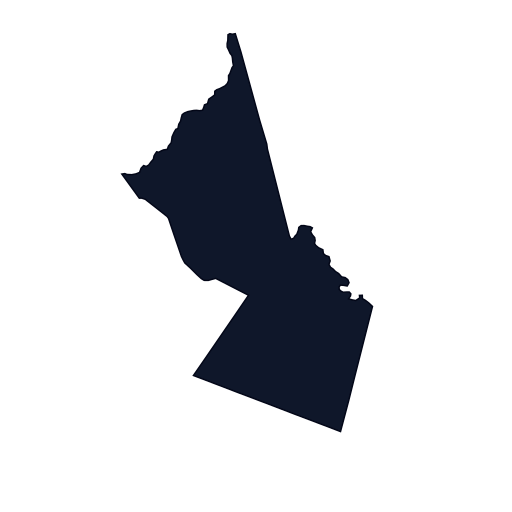 the district of Governador Eugênio Barros, Maranhão, Brazil, rotated 231°
{"feature_id": "56859067B76499051658500", "entity_name": "Governador Eugênio Barros", "entity_type": "district", "adm_level": 2, "iso_a3": "BRA", "parent_name": "Brazil", "parent_adm1": "Maranhão", "projection": "orthographic", "projection_center": [-43.999, -5.389], "detail": "fine", "context": "isolated", "style": "filled", "palette": "ink", "viewbox_px": 512, "rotation_deg": 231, "n_neighbors": 0, "source": "geoboundaries", "source_scale": "gbopen_adm2", "svg_char_len": 2028}
<svg xmlns="http://www.w3.org/2000/svg" viewBox="0 0 512 512"><g transform="rotate(231 256 256)"><path d="M441.8,379.8L443.2,377.2L445.2,375.6L445.6,373.5L441.3,369.8L439.2,367.2L436.5,365.1L433.4,364.4L429.7,363.4L427.0,363.4L424.8,362.3L421.5,360.1L418.0,358.2L417.5,356.0L414.2,350.5L413.5,348.2L409.6,345.1L408.1,342.3L407.7,339.0L408.9,333.1L409.9,330.2L410.0,327.7L407.2,325.3L407.3,322.1L407.6,318.0L404.9,314.2L405.9,311.1L404.5,309.1L402.9,306.2L404.4,303.6L406.6,301.5L408.2,299.3L409.8,296.4L411.1,293.9L412.2,290.3L412.3,287.6L410.4,284.9L408.3,282.3L407.0,278.9L404.2,275.5L404.9,273.4L403.5,269.8L401.4,265.7L399.6,263.9L397.4,261.4L396.5,257.1L394.7,254.2L396.7,250.8L397.4,248.2L397.8,245.8L399.5,244.4L398.8,242.0L398.0,239.8L395.8,237.1L395.2,233.6L394.2,229.8L394.7,227.0L397.0,225.6L396.5,221.9L394.2,218.1L395.4,214.3L397.4,210.6L400.6,207.0L402.6,205.9L404.1,203.3L374.4,201.7L372.9,203.6L369.8,205.6L361.2,207.6L342.7,211.8L340.3,211.7L333.6,209.2L325.0,206.0L302.6,197.8L298.7,196.9L295.4,196.3L287.5,197.5L278.8,198.4L272.8,199.3L269.7,200.4L267.1,203.5L265.7,206.8L264.0,210.6L230.2,225.5L224.1,205.2L208.6,153.0L202.5,132.2L178.9,145.9L161.4,156.0L137.6,169.9L108.0,187.0L83.5,201.3L66.4,211.2L85.4,237.2L100.0,256.6L143.5,314.8L148.6,314.1L152.7,313.1L155.9,311.9L158.6,313.9L160.3,311.6L158.2,310.3L158.6,305.5L161.3,303.2L164.5,301.0L165.5,304.3L166.9,305.9L169.3,305.8L171.0,303.7L173.0,300.9L175.1,300.0L177.6,299.6L179.6,301.0L180.3,303.2L178.2,305.5L175.3,308.0L176.7,311.5L179.9,312.5L183.1,311.7L185.9,309.4L190.4,309.2L193.9,308.0L197.4,307.7L200.4,306.8L203.6,307.4L205.5,310.5L209.6,312.3L212.6,310.4L215.5,309.9L218.8,311.9L223.1,309.8L226.7,309.1L229.0,309.4L230.8,311.7L233.4,313.2L236.9,313.1L240.5,313.7L242.4,317.5L244.8,316.5L246.7,314.7L249.4,312.5L251.2,310.2L251.3,307.3L249.4,305.2L247.2,301.4L246.9,298.7L246.1,296.5L246.9,293.8L250.5,294.5L332.0,332.2L336.2,334.8L359.3,344.3L398.3,361.4L424.1,372.7L441.8,379.8Z" fill="#0f172a" stroke="#020617" stroke-width="1.5"/></g></svg>